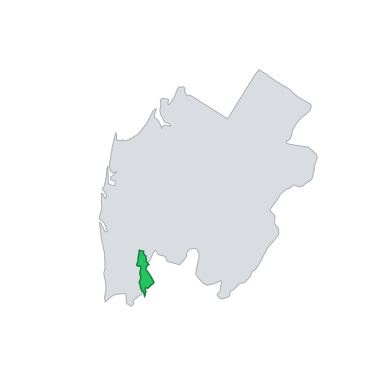 Doutsita, Gabon (highlighted), rotated 32°
{"feature_id": "22940354B92057182831829", "entity_name": "Doutsita", "entity_type": "district", "adm_level": 2, "iso_a3": "GAB", "parent_name": "Gabon", "parent_adm1": "", "projection": "equal_earth", "projection_center": [11.621, -2.919], "detail": "fine", "context": "in_parent", "style": "filled", "palette": "green", "viewbox_px": 384, "rotation_deg": 32, "n_neighbors": 0, "source": "geoboundaries", "source_scale": "gbopen_adm2", "svg_char_len": 4895}
<svg xmlns="http://www.w3.org/2000/svg" viewBox="0 0 384 384"><g transform="rotate(32 192 192)"><path d="M248.6,59.1L248.4,62.2L245.8,69.9L244.5,75.8L244.2,82.1L244.9,87.1L246.2,90.7L247.0,94.7L246.4,97.4L245.1,98.6L246.0,100.0L247.9,100.3L251.2,99.1L256.2,97.0L262.8,94.0L267.1,92.3L274.3,93.4L278.1,94.5L280.0,96.6L282.1,105.7L283.2,107.0L284.9,110.9L286.3,115.5L286.7,117.8L286.5,119.5L285.0,122.0L283.4,125.7L282.8,127.9L281.5,129.6L279.7,131.2L275.0,131.8L274.2,132.8L272.9,136.7L270.4,140.0L269.2,143.2L268.2,147.3L268.4,152.5L267.9,159.9L267.4,165.0L268.7,166.7L274.4,168.0L275.5,169.0L277.0,172.1L278.9,175.0L284.2,176.9L286.2,179.1L287.8,181.6L288.0,183.6L286.9,191.7L285.7,199.4L286.2,205.3L286.6,211.0L287.2,219.2L286.9,224.2L285.4,227.2L285.4,229.6L286.1,232.5L284.8,240.5L284.0,241.9L281.6,243.4L280.4,245.5L280.0,248.9L278.7,253.5L277.4,255.2L277.4,257.3L278.7,258.9L278.7,261.3L276.3,264.2L274.9,266.4L271.8,267.4L268.3,266.3L267.4,264.7L268.3,262.2L268.0,260.2L266.8,258.2L264.9,252.8L263.2,251.7L262.2,253.8L259.4,257.9L254.2,263.2L250.7,263.6L244.1,262.0L238.5,259.5L235.9,253.3L234.3,248.3L231.9,242.4L229.3,239.6L226.5,237.8L225.2,237.7L221.1,241.0L219.9,242.3L219.9,245.0L220.3,247.6L220.9,248.8L221.5,250.5L221.4,253.0L220.6,256.4L220.4,260.2L207.7,263.9L205.5,262.6L203.9,260.9L202.0,261.2L196.5,263.1L194.5,261.8L192.5,260.8L191.5,261.6L191.4,263.2L192.4,272.1L192.1,275.5L190.8,279.9L190.2,282.9L193.6,283.7L194.8,285.1L196.0,287.4L197.6,289.5L197.7,290.7L195.9,293.0L195.2,295.9L196.1,298.1L198.4,300.5L201.7,302.9L203.4,304.5L203.2,305.9L201.7,309.0L201.1,311.6L200.0,314.0L200.2,316.2L201.7,318.2L201.6,320.0L200.5,321.4L198.5,321.1L196.7,321.3L195.1,320.7L190.2,313.7L189.1,313.5L181.9,318.9L180.1,321.1L178.7,324.3L176.7,331.2L173.4,327.2L170.6,319.9L167.3,315.3L160.4,308.0L158.6,302.7L150.7,290.8L139.3,279.0L131.1,268.7L129.9,266.4L131.2,266.7L139.2,271.8L140.2,271.2L141.2,270.1L137.7,267.4L134.5,265.3L131.4,263.9L128.3,264.1L126.6,261.9L125.5,258.6L124.9,255.7L123.6,252.8L119.2,246.7L118.2,244.3L115.8,241.1L117.2,240.7L121.9,243.8L122.3,242.5L121.9,240.7L117.2,237.8L114.7,237.6L114.1,235.6L114.4,233.2L111.1,224.3L107.6,217.6L107.0,214.5L116.4,229.0L117.7,229.2L119.4,229.1L123.2,227.5L122.5,225.5L120.7,223.5L119.0,224.4L116.8,224.6L115.7,223.7L115.2,222.3L117.4,215.2L116.4,215.6L115.7,216.8L114.5,217.4L112.6,217.8L108.0,214.0L103.9,203.9L102.8,201.8L101.7,198.3L100.7,196.8L96.0,182.4L97.8,183.4L99.9,187.6L104.1,186.7L105.7,184.3L107.1,184.4L108.5,183.8L110.4,181.6L115.7,171.6L117.1,158.5L116.6,150.7L115.9,143.0L117.6,140.5L118.3,142.1L118.7,144.9L119.5,146.9L121.4,148.7L124.9,149.2L130.4,152.1L132.3,153.9L132.8,150.3L139.1,147.1L137.2,146.0L131.7,147.3L124.0,142.6L121.5,139.7L119.1,134.1L116.6,131.2L116.8,128.5L122.3,126.1L123.8,126.4L124.3,129.3L125.8,130.5L126.4,130.1L126.6,127.6L126.6,121.0L125.0,111.5L125.5,109.7L127.0,109.0L128.3,107.7L129.3,107.5L131.1,107.7L132.1,109.9L132.6,111.1L134.4,111.7L136.0,112.9L137.3,112.6L138.4,111.2L140.0,110.9L145.0,110.9L149.6,111.0L158.6,111.0L167.6,111.0L176.7,111.1L183.5,111.1L183.5,105.7L183.4,97.3L183.4,87.4L183.3,77.9L183.3,69.2L183.3,58.8L183.6,55.8L184.1,54.6L183.9,52.9L190.9,52.8L203.6,53.5L209.1,53.4L210.7,53.6L217.6,53.1L223.2,53.7L225.6,54.4L227.7,54.8L234.4,55.3L243.1,54.7L246.1,54.8L247.8,56.3L248.6,59.1Z" fill="#d9dde1" stroke="#a8b0b8" stroke-width="1"/><path d="M207.0,305.5L207.0,304.9L206.7,303.8L206.4,303.1L206.0,302.1L205.7,301.1L205.3,300.5L204.4,299.7L203.8,299.1L203.5,298.2L203.7,297.6L204.4,297.4L205.1,297.3L205.6,296.8L206.0,295.9L206.2,294.6L206.4,293.7L206.8,292.1L207.4,290.7L207.7,289.5L207.3,288.5L206.8,288.2L205.1,287.3L203.2,286.2L201.4,285.2L199.6,284.4L197.0,283.2L195.6,282.7L194.4,282.3L193.4,281.3L193.0,280.2L193.0,279.0L193.3,277.8L193.5,276.7L193.8,276.4L193.1,276.2L192.3,275.9L191.2,275.5L190.5,275.3L190.0,275.1L189.6,274.5L188.8,273.6L188.1,272.5L187.5,271.6L186.9,270.9L186.3,270.6L185.7,270.5L184.9,270.5L184.2,270.3L183.5,269.8L182.9,268.9L182.5,268.2L182.3,267.8L181.5,268.3L181.1,268.3L180.5,268.5L180.0,269.0L179.6,269.1L178.4,269.1L178.4,270.2L178.8,270.5L179.2,271.1L179.5,271.8L179.9,273.3L180.2,274.1L180.5,274.5L180.7,275.2L180.9,275.7L181.2,276.2L181.7,277.0L182.2,277.9L182.6,278.8L182.9,279.8L183.1,280.6L183.5,281.9L183.5,282.6L183.9,282.7L184.2,283.1L184.3,283.5L185.0,283.5L185.7,283.5L186.1,283.2L186.5,282.7L187.0,282.4L187.8,282.3L188.5,282.6L188.9,283.4L189.2,284.2L189.6,285.6L189.9,286.4L190.5,287.8L190.9,288.4L191.4,289.2L191.7,289.6L192.0,289.7L192.7,290.4L193.6,291.4L194.4,292.3L194.5,293.2L194.6,294.2L194.8,295.3L195.0,296.0L195.4,296.9L195.7,297.2L196.3,297.4L197.0,297.9L197.7,298.4L198.2,298.9L198.4,299.4L198.6,299.8L199.2,300.3L200.2,301.0L200.9,301.5L201.6,302.0L202.5,302.3L203.1,302.6L203.9,302.8L204.4,303.0L205.0,303.4L206.1,304.6L207.0,305.5Z" fill="#22c55e" stroke="#15803d" stroke-width="1.5"/></g></svg>